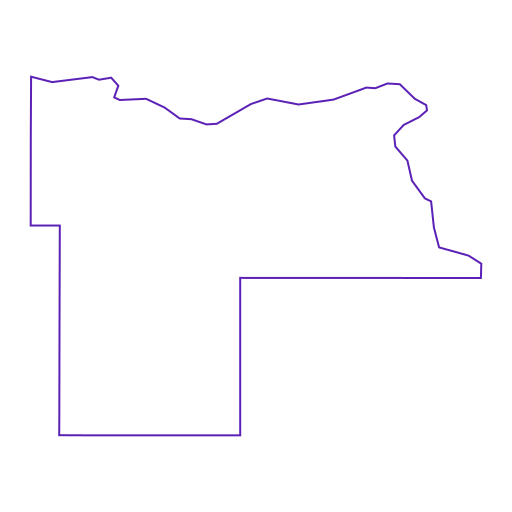 Mercer, North Dakota, United States of America (Natural Earth projection)
{"feature_id": "52423323B83406409622886", "entity_name": "Mercer", "entity_type": "district", "adm_level": 2, "iso_a3": "USA", "parent_name": "United States of America", "parent_adm1": "North Dakota", "projection": "natural_earth1", "projection_center": [-101.73, 47.278], "detail": "fine", "context": "isolated", "style": "outline", "palette": "violet", "viewbox_px": 512, "rotation_deg": 0, "n_neighbors": 0, "source": "geoboundaries", "source_scale": "gbopen_adm2", "svg_char_len": 676}
<svg xmlns="http://www.w3.org/2000/svg" viewBox="0 0 512 512"><path d="M82.1,435.3L240.2,435.3L240.2,277.9L480.9,278.0L481.3,263.7L468.5,255.6L439.1,247.4L433.9,227.5L431.1,201.4L424.9,198.4L412.0,180.7L407.4,160.6L395.3,146.5L394.1,135.4L403.6,125.0L419.2,117.1L427.0,110.4L426.2,105.1L414.8,98.8L399.8,84.2L387.4,83.5L375.3,88.2L366.3,87.6L333.5,99.6L298.5,104.5L267.2,98.5L251.0,104.0L216.8,123.8L206.4,124.4L191.4,119.2L179.7,118.5L164.7,107.6L146.1,98.8L119.8,100.0L114.2,97.4L118.3,85.7L111.2,77.7L99.0,79.7L92.4,77.1L52.1,82.1L31.1,76.7L30.8,133.8L30.7,225.5L59.8,225.5L59.5,329.6L59.3,417.7L59.2,435.2L82.1,435.3Z" fill="none" stroke="#5b21b6" stroke-width="2"/></svg>